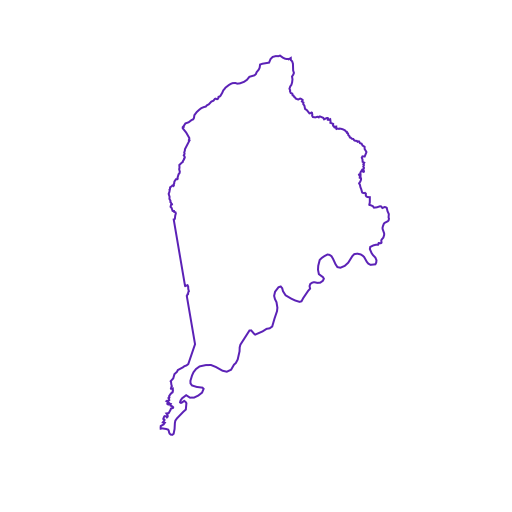 outline of Hobo, Huila, Colombia, rotated 201°
{"feature_id": "7082276B60614758896668", "entity_name": "Hobo", "entity_type": "district", "adm_level": 2, "iso_a3": "COL", "parent_name": "Colombia", "parent_adm1": "Huila", "projection": "natural_earth1", "projection_center": [-75.433, 2.565], "detail": "fine", "context": "isolated", "style": "outline", "palette": "violet", "viewbox_px": 512, "rotation_deg": 201, "n_neighbors": 0, "source": "geoboundaries", "source_scale": "gbopen_adm2", "svg_char_len": 6072}
<svg xmlns="http://www.w3.org/2000/svg" viewBox="0 0 512 512"><g transform="rotate(201 256 256)"><path d="M369.4,354.5L370.0,351.8L369.8,350.8L370.3,350.8L370.6,350.0L370.2,349.0L365.4,346.2L360.6,342.3L360.3,341.6L360.2,340.2L359.5,340.1L360.6,330.3L360.2,328.8L360.1,326.9L359.3,325.8L359.5,324.0L358.4,323.4L357.7,322.2L358.1,321.3L357.8,320.5L358.2,318.8L358.1,317.4L358.5,317.0L360.2,313.5L359.0,310.8L358.9,309.6L357.3,307.3L357.1,305.8L357.6,304.7L357.3,301.0L356.8,300.1L356.9,299.5L358.2,299.0L358.8,296.6L358.8,295.7L358.4,294.7L358.5,293.5L358.0,292.7L358.1,292.0L358.5,292.2L359.3,291.9L359.5,291.2L360.8,289.3L360.3,287.8L360.5,286.9L360.2,286.7L359.8,284.7L359.8,282.7L357.9,280.3L357.3,278.3L355.7,277.0L355.3,275.7L354.8,275.6L353.8,274.6L353.0,274.3L352.9,274.1L353.7,273.6L353.4,271.3L352.1,270.7L350.0,268.2L348.7,268.6L348.4,267.9L346.8,267.9L346.1,267.0L345.9,264.8L345.1,261.7L345.3,261.0L345.9,260.6L311.8,203.1L311.6,203.3L311.1,202.7L309.5,204.2L308.4,203.2L307.4,200.9L306.0,199.0L306.3,198.0L305.8,196.1L306.3,195.6L306.1,194.2L306.3,193.9L281.3,151.8L280.5,130.8L281.7,128.9L283.4,127.4L284.3,125.9L288.1,121.5L288.3,119.5L289.8,116.5L289.4,112.1L290.8,108.5L290.2,108.0L289.0,105.7L287.9,104.3L288.1,103.3L287.9,102.8L288.0,101.9L287.7,101.6L286.2,102.5L285.8,101.3L285.4,101.0L285.4,100.1L285.0,99.5L285.1,98.6L285.8,98.1L285.8,97.4L286.3,96.7L286.9,94.0L286.1,92.9L286.2,92.4L286.8,92.0L286.7,91.8L285.8,91.1L285.3,90.3L286.2,88.9L287.1,89.0L287.5,88.4L285.0,87.8L285.9,86.5L285.6,86.0L284.6,85.9L283.1,87.2L282.5,87.3L282.6,86.3L282.2,85.7L280.2,85.6L279.1,85.1L279.0,84.7L279.1,84.3L280.7,83.1L280.7,81.5L281.2,78.1L283.2,76.9L281.5,75.8L280.9,74.5L281.0,74.0L281.3,73.4L282.4,74.1L284.0,73.7L284.2,72.9L284.2,70.7L282.8,70.4L282.6,70.0L283.3,67.3L281.4,67.6L281.9,65.6L284.0,63.2L283.5,61.4L283.1,60.6L281.7,61.5L277.9,62.3L275.8,62.4L274.9,61.7L274.0,60.3L273.0,59.2L271.5,58.7L270.0,59.1L269.2,60.5L270.0,65.2L271.9,71.1L272.3,73.4L271.6,76.1L268.0,84.6L266.5,87.5L268.2,93.6L269.4,94.5L271.1,95.0L272.9,92.3L273.8,91.9L274.5,92.2L274.6,94.3L274.0,96.7L271.3,101.0L266.9,100.1L263.1,101.6L259.9,105.0L257.4,109.1L257.3,113.2L258.8,113.9L264.5,112.5L269.4,112.2L271.5,113.6L272.5,116.0L272.9,121.6L272.7,125.1L271.5,129.0L269.1,132.7L263.9,136.1L259.0,138.1L253.6,138.0L246.2,136.9L241.8,137.5L238.5,140.9L237.6,146.7L236.5,148.8L236.0,152.8L237.2,161.1L238.5,164.9L238.8,167.6L235.4,184.1L233.8,184.8L229.9,182.7L228.6,182.3L222.8,188.0L220.0,191.8L217.3,193.4L215.6,196.0L216.3,204.4L216.6,212.0L217.5,215.4L220.3,220.2L222.9,222.6L224.8,225.3L225.4,229.5L223.8,234.9L222.0,236.4L220.0,235.3L218.2,232.8L214.3,229.9L207.7,228.8L203.5,228.5L198.9,228.8L197.3,230.0L196.8,233.8L194.8,242.3L193.8,244.9L195.2,247.1L195.3,249.3L194.2,251.0L192.9,252.1L191.8,252.5L189.1,252.9L186.5,254.1L184.7,256.8L184.5,259.1L185.8,260.2L190.8,261.6L193.2,265.4L194.4,269.2L195.1,275.2L193.9,277.8L192.1,280.4L189.8,283.0L187.8,283.4L185.5,282.9L183.1,281.0L178.8,276.8L176.0,274.8L173.0,275.3L169.6,278.6L167.5,282.8L166.0,290.5L164.9,293.0L162.2,294.5L158.8,295.0L156.4,294.5L154.7,293.8L150.5,290.3L148.4,289.1L145.9,288.8L141.6,291.0L141.4,292.9L142.0,295.2L144.0,297.3L147.2,298.8L149.2,300.2L152.2,303.3L152.6,305.4L150.2,308.0L147.9,309.6L146.0,310.3L145.9,310.9L146.2,311.7L146.1,312.1L144.3,312.5L143.8,312.9L143.6,313.4L144.6,315.4L144.6,316.3L143.7,318.8L143.9,321.6L144.5,323.1L147.5,326.6L148.0,327.7L148.2,329.4L148.2,332.0L147.8,333.0L145.4,335.7L145.0,336.7L145.2,338.4L146.1,339.6L147.0,342.7L149.3,345.0L151.2,347.8L152.4,348.0L153.5,347.8L155.2,346.1L156.9,347.1L158.0,346.9L160.7,344.7L163.2,343.4L164.8,344.4L167.5,344.5L168.3,344.3L168.6,344.4L169.0,346.9L170.8,351.7L173.0,351.0L174.2,351.1L175.1,351.7L175.8,353.6L176.9,354.0L177.6,353.4L179.3,353.2L179.7,353.4L181.8,356.2L183.2,357.7L184.4,359.6L185.8,360.8L185.3,362.8L185.3,364.9L185.8,366.2L187.2,366.2L187.4,366.8L186.9,367.5L187.0,368.0L188.4,368.3L189.0,368.8L188.9,369.2L187.7,369.7L188.4,371.1L188.3,372.5L187.4,373.4L185.9,373.0L185.5,373.3L185.5,373.6L186.1,374.5L187.8,374.5L187.7,374.9L187.0,375.4L186.7,376.6L186.8,377.0L187.9,377.9L187.8,379.6L188.7,380.1L188.4,381.9L190.2,382.1L191.2,384.3L192.5,385.7L192.3,387.2L190.2,387.8L190.1,392.3L190.3,392.8L192.9,394.8L193.8,396.9L196.1,397.3L197.7,398.7L199.4,398.6L200.8,399.9L201.3,399.8L202.1,399.0L203.1,399.6L204.8,399.1L205.8,399.2L207.1,400.1L208.6,399.8L209.9,400.4L210.9,400.3L211.6,401.3L213.1,401.9L214.0,403.4L215.0,403.4L215.7,404.5L216.6,404.4L218.0,405.2L220.5,405.4L222.4,405.2L223.7,404.9L224.0,404.4L225.5,404.2L226.4,403.4L226.8,403.7L227.5,405.6L228.4,405.1L228.7,404.2L228.9,404.2L230.0,405.1L230.8,405.3L231.3,407.0L234.3,407.0L234.6,408.3L235.7,410.2L236.3,409.5L237.1,409.8L237.5,408.9L237.8,408.9L238.4,410.5L238.7,410.5L239.6,410.0L241.4,408.0L242.7,409.1L246.4,409.2L246.9,408.8L247.1,407.9L248.6,408.0L250.2,406.7L252.7,406.1L253.9,407.1L254.0,408.0L255.1,409.8L255.7,409.8L256.1,409.0L257.2,408.3L260.8,410.4L262.9,410.9L264.7,413.7L266.4,414.8L266.7,416.3L268.5,416.7L268.3,418.3L269.8,418.8L271.2,418.8L272.7,417.2L275.4,417.2L276.2,418.0L277.2,418.1L278.5,419.2L279.4,419.1L280.3,420.6L282.0,420.6L283.4,422.1L283.5,423.0L284.7,424.1L284.8,426.6L284.3,428.4L284.5,431.0L285.3,434.1L286.7,436.5L286.2,438.7L286.2,440.5L287.8,442.5L290.4,448.7L292.0,450.7L293.7,451.4L294.5,453.3L296.0,451.3L296.6,451.5L297.9,450.9L299.7,450.6L302.0,450.8L305.4,451.7L306.6,450.6L309.2,449.7L311.8,447.8L313.0,445.1L313.1,441.2L318.9,437.8L320.8,436.2L320.1,433.2L320.2,431.1L321.3,427.8L321.3,425.8L322.2,424.1L326.4,420.9L327.6,417.2L329.6,414.3L332.9,411.4L335.2,410.2L337.3,410.1L339.8,409.0L341.2,407.7L342.6,405.9L344.9,402.1L345.0,401.4L345.9,398.9L346.0,396.3L346.6,392.7L347.1,391.8L348.0,391.2L347.8,389.7L348.1,388.7L348.7,388.4L350.2,388.4L350.7,387.9L351.4,385.7L353.0,384.2L354.4,380.7L355.9,379.0L356.4,377.5L358.0,376.4L360.0,374.5L361.3,372.4L362.9,369.2L364.0,365.4L363.4,362.7L363.6,361.1L364.9,359.8L366.8,356.7L369.4,354.5Z" fill="none" stroke="#5b21b6" stroke-width="2"/></g></svg>